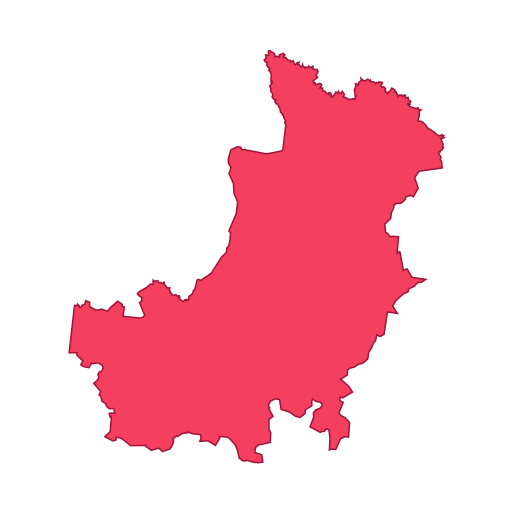 Embūtes pag., Vainodes, Latvia (Albers equal-area conic projection), rotated 277°
{"feature_id": "27541924B50643512275860", "entity_name": "Embūtes pag.", "entity_type": "district", "adm_level": 2, "iso_a3": "LVA", "parent_name": "Latvia", "parent_adm1": "Vainodes", "projection": "albers", "projection_center": [21.869, 56.513], "detail": "fine", "context": "isolated", "style": "filled", "palette": "rose", "viewbox_px": 512, "rotation_deg": 277, "n_neighbors": 0, "source": "geoboundaries", "source_scale": "gbopen_adm2", "svg_char_len": 6073}
<svg xmlns="http://www.w3.org/2000/svg" viewBox="0 0 512 512"><g transform="rotate(277 256 256)"><path d="M58.2,128.0L55.0,136.5L56.3,139.5L59.0,139.4L59.0,142.3L58.1,145.6L52.5,154.7L54.5,169.9L53.6,169.8L50.4,175.7L53.1,182.3L53.2,183.6L50.5,186.9L53.9,194.0L58.8,196.3L62.4,196.8L64.3,196.0L67.5,198.7L67.2,200.0L70.8,204.5L72.2,209.6L73.2,209.9L71.9,214.0L71.9,222.8L68.5,223.7L65.2,222.8L66.7,230.7L63.1,238.8L70.7,242.2L72.5,241.8L72.7,249.4L72.0,251.5L66.3,258.2L61.0,261.2L53.0,264.1L53.1,264.9L51.4,266.9L51.1,269.7L52.1,272.0L50.9,279.1L51.2,283.9L52.4,287.9L59.4,285.9L60.9,278.7L66.0,279.0L68.7,281.5L72.7,292.8L82.5,292.2L85.7,290.0L96.0,288.7L96.3,289.9L99.0,292.4L105.3,287.8L107.1,288.2L109.2,286.2L114.0,288.3L116.5,292.5L116.5,296.8L106.7,299.7L106.2,303.6L104.8,309.1L101.8,314.5L101.1,319.5L105.7,323.9L109.3,323.6L114.2,329.8L118.2,329.0L121.0,329.5L119.0,333.3L118.7,337.9L116.1,340.1L112.7,338.1L110.7,334.2L107.4,332.1L103.1,332.9L93.0,330.4L88.8,341.1L90.1,343.7L90.2,345.2L93.2,346.9L92.3,349.6L83.2,351.8L72.4,352.4L73.7,355.3L73.6,358.7L84.8,362.1L87.5,366.5L87.5,369.9L102.0,369.2L106.4,364.2L108.0,359.9L110.0,357.4L121.4,360.4L122.5,356.8L126.2,356.6L125.7,359.3L132.7,368.4L138.0,363.9L144.0,355.0L149.1,361.2L153.8,360.6L156.1,362.9L157.8,367.1L161.1,371.0L162.4,374.8L167.3,379.4L174.2,379.6L178.4,381.7L183.7,383.2L186.6,385.0L192.4,385.4L191.2,389.1L193.8,392.6L216.5,393.3L216.2,403.4L222.9,397.7L228.9,400.4L236.2,406.7L239.3,411.6L241.6,411.3L245.6,417.3L246.2,417.0L249.4,420.2L250.2,423.5L253.5,427.4L253.8,413.4L261.7,407.5L259.8,404.0L277.5,398.4L277.8,397.8L275.9,395.7L292.5,395.1L292.2,388.8L291.4,386.9L294.5,383.9L295.1,381.8L303.2,379.9L309.6,385.1L315.4,385.1L320.2,386.7L324.2,386.7L323.9,387.8L325.1,388.4L325.7,390.8L325.6,392.3L326.7,394.4L330.6,397.4L332.8,397.4L335.1,402.3L333.9,405.0L343.2,408.7L353.0,403.9L360.0,407.5L366.1,430.1L372.8,428.6L374.0,427.2L376.6,427.6L380.4,424.6L381.6,424.9L381.6,426.0L383.2,426.3L384.4,428.1L386.7,428.8L386.9,427.9L389.7,428.1L395.1,425.0L395.4,426.8L396.7,428.3L397.3,426.5L398.4,427.4L398.2,426.1L399.1,425.7L397.6,423.7L398.5,420.6L400.3,418.6L404.4,410.1L406.5,408.6L409.1,405.5L410.0,402.4L409.4,401.0L409.7,400.1L415.1,401.0L419.7,400.4L421.1,402.0L421.6,398.9L423.0,398.7L421.9,397.1L423.0,390.3L423.9,389.5L425.0,390.2L425.1,388.2L425.7,388.1L426.7,390.4L428.2,390.8L429.9,388.0L431.9,387.7L431.4,384.8L433.8,384.7L434.0,383.9L432.2,381.8L433.5,381.3L433.2,378.6L431.6,377.7L436.1,374.9L435.9,373.6L437.8,373.7L439.2,370.3L435.3,368.5L434.7,367.0L433.5,366.7L434.5,365.0L435.4,364.9L436.0,363.5L437.9,364.2L439.5,362.2L438.9,360.4L440.2,359.4L443.3,360.4L443.9,359.0L443.7,356.7L442.5,356.3L442.9,354.5L441.6,353.1L443.2,351.9L443.1,348.7L444.7,348.0L444.0,347.0L445.2,345.5L442.9,342.4L443.7,340.3L445.1,338.6L443.1,339.2L440.8,336.8L438.1,336.5L439.0,335.2L439.0,333.7L437.4,334.6L432.6,333.4L427.7,334.8L427.0,336.0L425.9,334.9L423.5,335.3L423.2,334.6L424.1,333.4L423.1,331.2L422.9,328.9L424.4,325.0L424.3,323.3L427.4,323.9L429.9,321.4L427.7,320.5L427.7,319.2L429.6,317.7L427.6,317.2L428.5,315.2L425.4,314.3L425.0,313.2L423.1,312.7L422.7,311.6L423.1,310.9L425.5,311.2L427.2,309.8L427.0,308.4L425.0,308.4L428.1,303.8L428.0,301.9L430.8,301.8L430.5,299.0L433.5,300.4L434.8,299.6L435.0,297.8L433.0,294.5L434.9,293.8L435.0,293.1L434.4,292.5L435.5,292.3L435.5,291.6L436.9,291.6L440.9,295.4L443.0,293.5L446.3,295.1L448.6,294.2L448.3,293.1L448.6,289.8L451.4,289.4L449.7,286.9L450.9,285.1L449.5,284.9L449.6,282.5L448.4,281.6L449.5,281.0L449.8,279.6L451.6,279.0L449.7,278.6L449.3,277.1L451.0,275.7L451.1,274.3L453.5,275.1L452.7,273.2L450.6,271.9L451.6,270.4L454.5,269.1L452.9,266.7L454.2,266.1L454.5,263.4L456.7,261.4L456.2,259.4L457.2,258.8L458.9,260.3L460.6,258.3L458.3,254.5L456.5,255.3L455.9,254.7L456.8,252.8L456.2,250.4L457.7,250.3L459.9,248.7L460.4,246.2L461.6,245.1L460.9,243.3L456.7,244.1L456.5,243.4L456.8,241.0L453.4,242.0L451.6,240.2L449.8,241.5L450.0,243.1L446.4,243.6L444.8,244.9L444.1,246.7L441.7,246.1L441.9,246.8L437.6,249.2L432.6,249.3L431.3,249.7L431.2,250.6L430.3,250.0L430.3,250.7L429.4,250.9L426.5,248.8L424.3,250.3L421.6,250.5L418.4,253.0L415.5,252.6L413.2,255.5L413.4,256.5L411.2,256.1L409.6,257.3L409.5,258.5L408.5,259.5L404.4,262.1L401.8,262.7L400.5,264.7L399.4,264.9L399.4,265.5L394.9,267.8L394.4,268.8L391.8,268.3L389.7,269.6L364.9,269.7L363.6,269.1L359.0,255.3L358.7,253.1L359.9,235.5L359.5,235.2L360.5,232.0L359.8,230.9L359.9,228.8L362.2,227.5L362.1,224.0L358.3,218.1L348.8,216.7L344.8,217.3L340.7,220.4L334.4,219.2L325.3,224.7L315.3,226.6L307.5,231.2L295.6,231.2L277.6,226.0L275.9,227.9L268.7,228.2L263.0,227.8L260.2,226.0L255.9,226.2L250.9,222.0L233.5,213.7L225.1,204.2L225.8,201.6L224.9,200.5L216.4,199.5L213.7,198.0L211.0,197.6L207.7,194.4L204.2,194.3L204.1,193.0L203.5,192.4L204.3,192.3L203.7,191.3L203.9,190.7L202.1,189.5L202.0,188.8L204.0,185.4L204.7,184.8L205.7,185.5L205.9,184.6L207.1,184.6L206.6,182.6L207.4,182.3L207.9,180.4L206.9,179.6L206.9,177.6L208.7,176.8L209.0,175.4L210.5,175.3L211.3,174.1L213.9,174.4L213.5,172.5L214.1,170.6L215.6,170.1L216.4,168.7L218.8,167.9L217.2,166.2L218.1,164.9L217.7,163.1L218.1,162.1L219.3,161.9L218.9,160.7L219.4,159.3L218.4,157.9L219.4,156.9L215.2,157.2L215.3,154.7L211.3,151.1L206.5,144.5L204.0,142.8L202.5,144.3L200.9,147.7L197.0,147.9L195.5,146.1L183.7,152.7L181.5,151.2L180.3,149.1L179.9,131.5L189.4,131.5L189.7,129.7L191.8,129.0L194.3,124.2L186.4,117.2L183.8,116.1L183.2,114.6L184.6,109.2L183.3,106.6L182.9,103.8L185.3,97.2L189.9,96.5L190.9,92.4L187.3,92.0L185.8,89.2L184.1,88.7L183.4,87.3L185.2,86.4L186.5,84.7L184.9,84.5L184.9,81.9L137.1,82.3L138.2,90.0L135.7,90.4L130.8,96.9L126.7,95.4L125.2,98.2L124.8,103.7L129.7,106.0L129.2,107.4L130.8,112.3L128.5,116.9L126.5,117.8L122.7,116.9L122.0,114.8L119.3,113.4L116.1,114.8L113.8,114.0L109.8,110.5L102.5,118.4L99.0,117.1L97.8,119.2L93.1,120.7L91.0,125.0L88.4,126.2L86.5,129.1L87.3,133.3L83.0,135.0L82.6,134.5L82.5,131.7L81.8,129.5L78.2,130.9L78.0,131.6L78.4,132.1L64.0,132.7L58.2,128.0Z" fill="#f43f5e" stroke="#9f1239" stroke-width="1.5"/></g></svg>